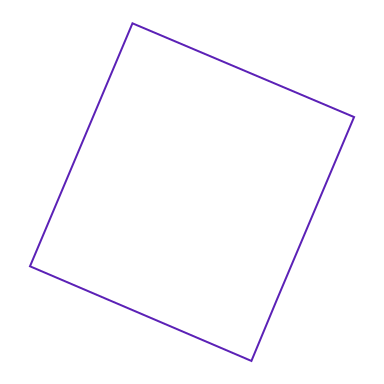 Cherokee, Iowa, United States of America, rotated 293°
{"feature_id": "52423323B93733047686760", "entity_name": "Cherokee", "entity_type": "district", "adm_level": 2, "iso_a3": "USA", "parent_name": "United States of America", "parent_adm1": "Iowa", "projection": "robinson", "projection_center": [-95.604, 42.735], "detail": "fine", "context": "isolated", "style": "outline", "palette": "violet", "viewbox_px": 384, "rotation_deg": 293, "n_neighbors": 0, "source": "geoboundaries", "source_scale": "gbopen_adm2", "svg_char_len": 233}
<svg xmlns="http://www.w3.org/2000/svg" viewBox="0 0 384 384"><g transform="rotate(293 192 192)"><path d="M324.0,71.3L60.3,71.9L59.7,312.7L126.0,312.2L324.3,311.9L324.0,71.3Z" fill="none" stroke="#5b21b6" stroke-width="2"/></g></svg>